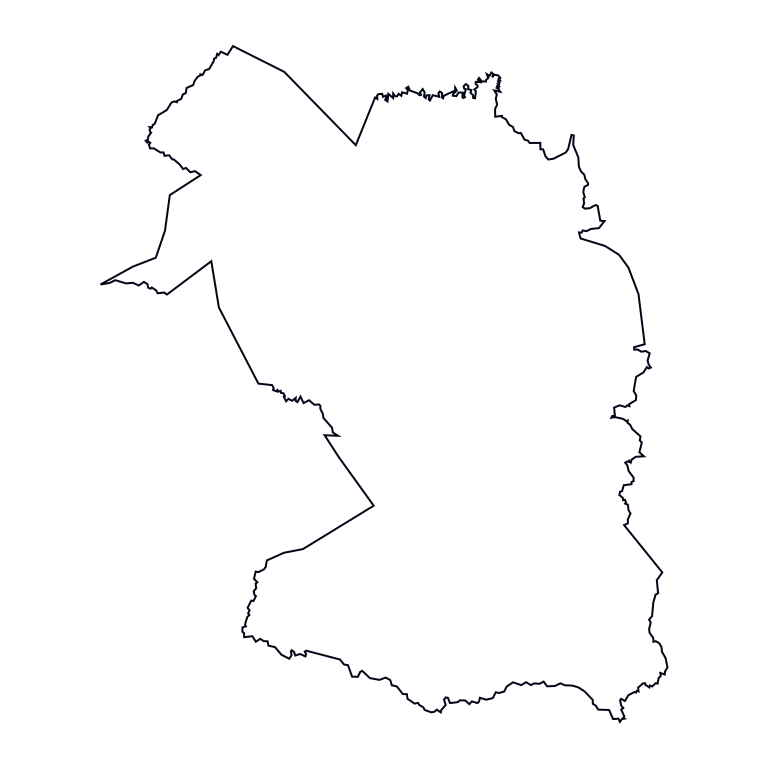 Guachochi, Chihuahua, Mexico
{"feature_id": "50627088B93853407634097", "entity_name": "Guachochi", "entity_type": "district", "adm_level": 2, "iso_a3": "MEX", "parent_name": "Mexico", "parent_adm1": "Chihuahua", "projection": "mercator", "projection_center": [-107.196, 27.145], "detail": "fine", "context": "isolated", "style": "outline", "palette": "ink", "viewbox_px": 768, "rotation_deg": 0, "n_neighbors": 0, "source": "geoboundaries", "source_scale": "gbopen_adm2", "svg_char_len": 6004}
<svg xmlns="http://www.w3.org/2000/svg" viewBox="0 0 768 768"><path d="M218.9,307.5L258.4,383.6L272.1,385.1L273.7,388.1L273.0,390.0L276.4,391.3L277.5,390.0L278.1,391.7L280.7,390.8L281.0,392.9L283.4,393.2L284.9,396.1L283.8,396.7L286.1,401.3L288.4,398.8L292.1,400.8L295.7,397.9L295.5,400.7L297.4,402.1L300.5,396.6L303.6,403.1L309.0,400.2L314.4,404.8L318.9,404.4L320.4,405.8L320.3,408.7L322.8,413.8L323.4,417.9L332.1,427.8L332.8,432.4L338.0,435.8L324.6,435.2L338.7,457.0L373.7,505.7L302.9,549.1L283.8,552.8L266.9,560.4L265.7,566.9L263.9,569.4L258.4,572.1L255.7,571.6L254.0,578.8L257.3,582.3L255.6,583.7L256.2,588.2L253.7,591.3L254.6,595.3L255.9,596.2L253.5,601.0L251.3,600.6L247.6,607.8L249.6,610.5L248.1,613.4L249.4,614.9L247.3,617.0L245.7,622.0L245.1,624.8L245.9,626.3L242.4,627.5L242.4,631.8L244.0,633.0L244.2,637.2L252.4,636.2L255.8,641.7L260.3,638.9L263.8,641.1L267.6,641.3L268.5,645.7L275.0,647.1L281.5,654.8L289.2,658.7L291.6,655.3L290.9,651.2L291.8,650.3L294.0,651.9L295.3,655.5L300.1,654.0L305.4,656.4L306.1,654.2L304.8,651.6L306.2,650.7L340.0,659.5L344.0,664.5L348.0,665.2L352.1,676.7L357.9,676.8L360.2,671.9L362.2,670.8L369.9,678.1L379.5,679.9L385.6,677.6L390.2,680.0L391.8,685.2L396.9,686.5L402.8,694.0L406.9,694.2L407.5,698.8L414.6,703.6L418.0,702.9L419.3,705.0L423.3,707.3L424.6,709.9L431.1,712.3L434.1,711.9L436.8,709.7L440.8,712.4L441.3,710.0L445.7,705.0L444.0,699.5L445.9,697.4L447.9,697.8L450.0,703.1L458.0,702.1L459.6,700.4L465.1,700.4L469.3,704.1L471.9,701.4L477.4,703.1L479.1,701.5L479.9,697.8L486.2,699.7L492.8,698.1L495.8,692.3L498.9,693.0L504.1,691.6L506.8,686.5L513.0,682.3L521.2,685.1L526.2,682.2L530.9,685.1L534.1,683.4L539.6,683.8L543.6,681.6L547.1,686.3L554.9,686.0L560.4,683.3L564.9,685.3L572.5,685.6L578.4,687.4L584.6,691.4L592.8,700.0L592.8,703.8L595.8,705.7L598.2,709.6L609.1,710.0L613.1,719.1L618.4,718.6L619.9,721.9L621.8,719.2L624.5,718.6L623.2,717.8L624.3,716.5L621.2,709.6L623.3,708.0L621.3,705.8L620.1,700.5L621.1,698.8L624.9,701.0L628.3,695.3L634.6,691.9L635.9,692.6L637.0,690.7L638.5,691.4L638.1,687.6L643.1,683.3L645.2,683.3L645.3,684.7L649.3,687.4L649.9,685.5L652.1,686.5L655.8,683.1L657.6,683.6L658.7,677.9L660.7,676.1L660.3,672.9L664.7,674.5L665.0,671.5L667.5,667.4L665.6,658.1L662.0,651.8L661.4,646.9L659.0,643.0L655.7,641.2L653.5,641.8L653.2,637.9L649.6,632.8L649.1,629.2L650.7,622.4L649.1,619.7L652.1,616.0L653.3,602.6L655.6,594.6L658.1,593.2L656.8,580.2L662.3,572.4L624.1,525.1L627.9,523.3L627.8,519.5L630.5,513.5L628.6,510.3L627.8,504.6L625.1,503.6L626.0,502.2L625.0,499.8L623.2,500.2L622.7,497.7L619.4,495.1L620.0,491.8L622.1,491.1L623.8,485.2L631.5,484.2L631.5,482.0L633.6,481.1L633.6,477.6L628.7,471.1L627.2,465.0L625.2,462.7L627.2,461.5L629.2,462.0L629.4,460.9L630.8,462.5L631.6,459.6L635.8,456.8L643.9,456.3L639.4,452.3L641.8,442.6L639.8,440.3L640.5,436.4L632.4,429.2L630.1,424.8L627.5,422.8L627.7,420.6L626.6,421.2L622.8,418.8L615.1,417.1L611.4,417.7L612.3,416.0L614.9,415.5L614.1,407.6L619.6,405.3L625.5,407.0L627.3,405.3L629.4,406.2L629.2,404.1L635.9,400.1L636.3,395.6L633.7,391.0L636.1,376.9L643.5,372.4L646.8,367.1L648.5,368.5L650.8,367.6L648.7,364.7L647.6,360.5L649.7,353.3L645.7,351.0L641.4,351.7L637.5,349.5L634.2,349.6L634.1,347.2L644.7,344.2L638.5,294.2L628.4,267.5L619.0,254.8L605.1,246.0L580.7,238.5L579.9,236.1L579.0,232.4L581.6,232.6L582.8,230.4L586.4,231.2L590.8,229.0L599.0,228.1L604.5,221.0L600.3,220.7L597.6,205.8L595.4,205.1L589.7,208.2L584.8,208.6L582.7,207.1L584.1,203.3L583.5,198.4L584.8,197.2L583.3,192.3L583.8,189.0L584.5,186.7L588.0,184.9L588.2,183.5L585.4,179.3L584.3,174.7L581.0,171.4L578.9,166.7L578.3,157.4L573.2,144.9L573.8,135.5L571.5,134.9L568.2,148.9L565.8,152.5L553.5,158.7L548.2,159.5L545.4,156.1L543.2,149.4L540.4,149.2L540.3,142.9L529.7,143.0L528.0,140.7L524.5,139.6L520.9,133.0L518.7,133.3L514.4,131.1L513.0,127.0L509.3,124.9L505.7,119.1L502.0,117.2L502.0,115.9L495.2,116.7L495.1,108.9L497.1,104.7L495.8,98.7L496.8,94.5L494.3,90.5L500.3,91.8L498.2,88.8L499.3,87.2L497.6,88.6L496.5,87.9L497.3,86.0L499.0,86.0L497.8,84.1L499.2,84.1L499.5,82.7L498.3,81.9L501.1,80.3L498.3,80.6L498.7,78.6L500.2,77.9L498.2,75.4L494.3,74.7L492.2,77.3L493.2,73.9L491.4,72.5L489.4,76.0L486.9,74.2L488.2,78.1L485.9,80.1L486.0,81.5L481.9,81.4L479.0,78.0L477.9,79.8L480.2,82.2L475.7,81.9L475.6,83.8L477.5,85.5L477.5,87.2L474.3,89.4L475.9,91.3L475.0,98.3L473.1,97.9L473.1,95.2L470.5,92.7L471.3,90.0L468.2,89.2L468.3,85.9L465.9,84.0L463.6,86.3L464.2,88.6L465.9,89.2L464.1,95.1L465.0,97.2L463.2,98.0L462.3,97.0L462.8,92.6L458.6,92.5L456.4,96.1L452.8,95.7L453.0,94.1L456.8,90.5L455.2,87.7L455.1,90.5L443.9,95.7L443.0,98.3L441.9,97.3L442.1,93.0L439.7,91.5L438.4,93.2L439.2,96.8L432.8,95.2L429.9,100.6L428.7,99.4L429.5,95.2L426.5,95.4L425.7,98.0L424.0,96.5L424.7,92.5L422.7,89.1L419.9,92.4L421.1,94.8L419.3,95.2L417.6,93.3L409.9,90.5L408.3,86.7L406.2,88.1L407.9,90.0L407.0,93.7L402.1,92.3L401.3,95.8L398.6,93.8L397.2,96.2L395.4,96.4L393.2,93.5L393.1,98.0L388.3,93.9L387.5,101.4L385.2,99.8L386.5,97.2L385.9,95.5L383.1,96.9L382.2,93.8L378.3,94.2L377.1,95.5L377.3,98.9L375.1,97.5L355.8,145.2L284.3,71.9L233.0,46.1L227.4,54.8L220.9,51.7L218.5,55.1L217.2,53.9L216.1,57.7L214.1,58.7L213.8,61.0L209.1,69.1L205.2,70.3L202.6,75.0L200.4,74.3L200.4,75.4L197.7,76.8L194.6,80.9L193.2,85.1L186.6,87.9L185.7,93.2L182.9,94.4L181.3,98.7L176.8,101.2L176.8,102.2L174.4,101.4L171.5,102.5L166.8,110.0L158.0,115.3L154.7,123.9L152.8,124.9L152.1,127.4L149.8,127.2L150.7,128.2L149.6,129.4L150.1,131.9L151.1,132.7L148.4,136.4L147.9,139.6L145.7,140.7L147.3,142.6L148.6,141.6L150.3,142.9L148.9,144.6L150.1,148.4L153.9,148.4L160.5,152.5L163.5,152.4L164.5,155.8L169.2,155.3L172.2,159.3L173.9,159.5L179.9,164.7L183.1,169.1L185.9,167.9L190.4,172.3L195.0,171.1L200.7,175.1L169.8,195.1L165.0,230.7L155.8,257.7L132.9,266.6L100.5,284.5L109.5,283.0L115.2,280.2L126.1,283.4L132.8,282.8L138.8,285.5L143.9,281.9L147.4,284.1L148.2,287.7L150.6,288.7L151.8,287.5L156.0,290.3L157.7,293.3L164.0,292.5L167.0,294.5L211.3,261.2L218.9,307.5Z" fill="none" stroke="#020617" stroke-width="2"/></svg>